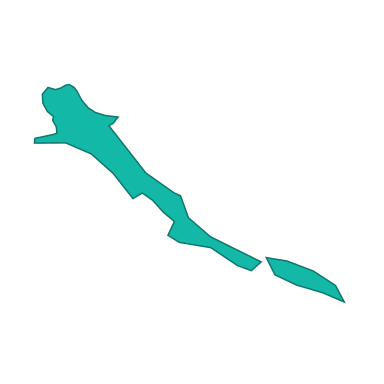 map outline of Exuma (Mercator projection), rotated 5°
{"feature_id": "BHS-5024", "entity_name": "Exuma", "entity_type": "District", "adm_level": 1, "iso_a3": "BHS", "parent_name": "The Bahamas", "parent_adm1": "", "projection": "mercator", "projection_center": [-75.857, 23.545], "detail": "fine", "context": "isolated", "style": "filled", "palette": "teal", "viewbox_px": 384, "rotation_deg": 5, "n_neighbors": 0, "source": "natural_earth", "source_scale": "10m", "svg_char_len": 803}
<svg xmlns="http://www.w3.org/2000/svg" viewBox="0 0 384 384"><g transform="rotate(5 192 192)"><path d="M180.9,196.7L190.7,218.0L214.3,235.0L267.0,255.6L258.0,265.2L243.7,261.3L215.6,245.8L183.7,243.3L171.8,237.2L177.0,222.9L165.3,214.7L153.4,203.6L142.6,197.4L133.7,203.7L111.9,180.4L88.4,162.9L61.9,154.1L30.8,157.0L30.8,152.3L49.3,146.6L52.3,145.1L51.1,138.9L46.9,132.7L47.5,128.9L40.9,124.4L35.7,116.5L34.4,107.7L39.4,100.4L47.1,101.9L52.5,99.7L56.6,96.7L60.5,95.7L65.3,98.0L68.6,101.6L74.1,110.1L81.1,117.1L88.7,121.2L98.6,123.3L111.9,123.8L109.8,126.7L108.6,128.9L107.0,130.9L103.3,133.1L144.4,177.1L174.1,194.4L180.9,196.7ZM271.7,250.9L292.8,252.5L319.8,260.2L343.2,272.7L353.2,288.3L330.6,280.9L304.2,275.6L281.9,267.3L271.7,250.9Z" fill="#14b8a6" stroke="#0f766e" stroke-width="1.5"/></g></svg>